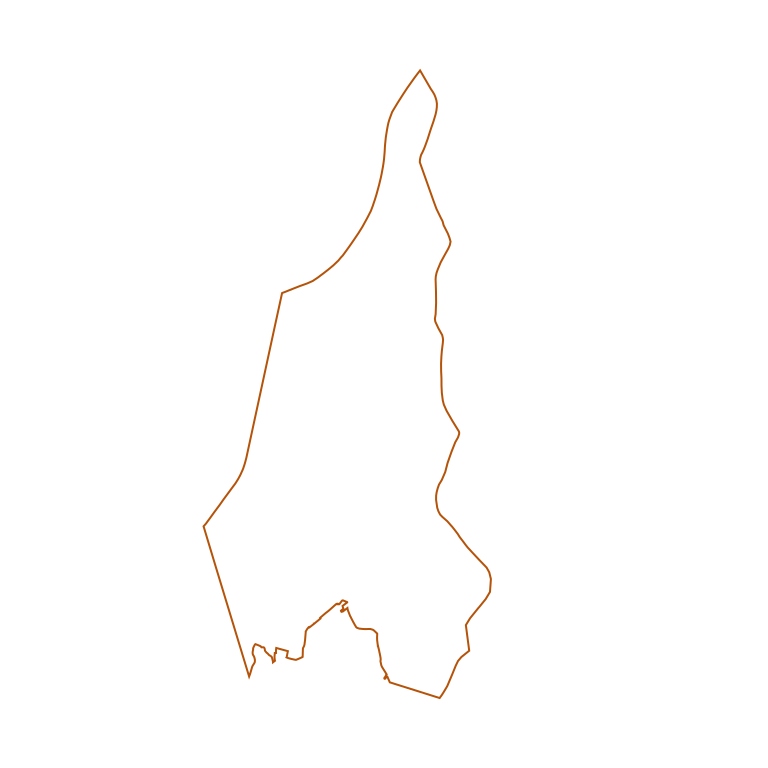 Nissewaard, Zuid-Holland, Netherlands (Natural Earth projection), rotated 282°
{"feature_id": "6326949B99166140133178", "entity_name": "Nissewaard", "entity_type": "district", "adm_level": 2, "iso_a3": "NLD", "parent_name": "Netherlands", "parent_adm1": "Zuid-Holland", "projection": "natural_earth1", "projection_center": [4.253, 51.828], "detail": "fine", "context": "isolated", "style": "outline", "palette": "amber", "viewbox_px": 768, "rotation_deg": 282, "n_neighbors": 0, "source": "geoboundaries", "source_scale": "gbopen_adm2", "svg_char_len": 5858}
<svg xmlns="http://www.w3.org/2000/svg" viewBox="0 0 768 768"><g transform="rotate(282 384 384)"><path d="M69.8,312.9L72.6,313.3L77.8,313.7L79.6,313.8L80.0,313.9L80.7,314.0L81.9,314.4L84.0,315.2L84.6,315.3L84.8,315.4L85.4,315.4L86.1,315.3L86.7,315.2L87.2,315.1L88.0,314.8L89.3,314.2L90.4,313.5L90.8,313.2L91.7,312.3L92.0,312.1L92.4,311.8L92.7,311.7L93.4,311.5L93.8,311.4L94.1,311.3L94.4,311.3L94.9,311.2L95.7,311.2L96.8,311.2L98.0,311.0L98.4,311.0L98.7,311.0L99.4,311.1L100.1,311.3L101.3,311.6L101.7,311.7L102.4,312.0L102.8,312.3L102.5,314.4L102.0,317.1L101.8,317.9L101.6,318.2L101.5,318.3L101.1,318.7L101.0,318.9L101.0,319.3L101.2,319.9L101.4,320.7L101.4,321.1L101.2,321.5L101.0,321.8L100.7,322.0L100.1,322.4L99.5,322.6L98.7,322.9L98.5,323.0L98.0,323.4L97.6,324.0L96.9,324.8L96.6,325.4L96.4,325.9L96.1,326.4L95.2,327.6L94.8,328.3L94.7,328.8L94.3,329.9L93.9,330.5L93.8,330.8L92.9,331.4L92.3,331.7L91.5,332.1L90.7,332.5L89.1,333.2L88.7,333.3L90.6,334.9L91.5,334.5L92.4,334.2L93.7,333.8L94.0,333.7L94.5,333.6L98.2,333.1L98.3,333.6L98.5,333.8L98.4,333.9L98.3,334.1L98.4,334.3L99.1,334.1L101.9,333.6L103.4,333.5L102.7,345.5L96.6,345.6L96.3,345.5L96.0,347.2L95.9,348.3L95.9,349.1L95.8,350.5L95.8,354.7L95.9,355.2L95.9,355.3L96.9,356.8L98.6,359.2L99.9,361.0L100.2,360.9L100.5,361.1L108.3,359.7L108.8,359.7L111.1,360.3L111.5,360.3L112.4,360.4L116.2,360.1L116.6,360.1L125.2,359.0L125.4,358.9L125.7,358.9L128.1,359.7L129.6,360.4L130.7,361.1L130.8,361.3L130.5,361.5L130.8,361.8L130.7,361.9L135.2,365.7L135.3,365.6L135.4,365.8L136.1,366.4L140.0,369.5L140.9,370.2L141.4,370.6L141.9,370.1L142.4,370.4L143.8,371.5L145.8,373.0L148.0,374.7L149.6,376.1L150.7,377.0L151.5,377.6L152.7,378.5L157.2,381.8L158.4,382.7L158.7,382.9L159.0,383.3L159.2,383.6L159.4,383.9L159.4,384.1L159.3,384.3L159.0,384.4L159.1,384.6L159.4,385.2L159.2,385.3L159.1,385.5L159.2,385.8L159.3,386.0L159.6,386.2L159.7,386.3L163.2,387.9L163.4,388.1L163.6,388.2L163.7,388.4L163.7,388.6L163.8,389.0L163.7,389.5L163.1,392.8L163.0,393.3L162.7,393.4L158.3,389.6L156.9,390.3L155.8,391.0L153.3,389.0L153.1,389.1L152.8,389.3L152.4,389.7L152.6,389.9L153.2,390.2L153.8,390.7L153.1,391.2L157.3,394.8L156.5,395.1L155.2,395.7L154.7,396.0L153.7,396.7L150.0,399.1L149.5,399.6L148.2,400.6L144.3,403.8L143.8,404.3L143.4,404.7L142.9,405.0L141.1,406.7L140.5,407.2L140.2,407.7L140.1,407.9L139.9,408.4L139.8,408.6L139.8,408.8L139.8,409.1L139.7,410.0L139.6,410.4L139.6,410.8L139.7,411.6L139.8,412.6L140.0,414.4L140.2,415.6L140.8,418.4L141.1,419.7L141.4,421.0L141.5,421.3L141.5,421.6L141.5,421.8L141.4,423.2L141.4,423.5L141.3,423.8L141.3,424.2L141.2,424.5L141.1,424.8L141.0,425.1L140.8,425.4L139.7,427.3L139.2,428.0L138.8,428.7L138.6,429.1L138.3,429.3L134.7,429.9L133.4,430.2L132.7,430.4L132.1,430.5L131.6,430.7L128.1,431.9L126.9,432.3L127.0,432.4L124.8,433.4L124.5,433.6L124.0,433.8L123.4,434.1L121.9,434.8L121.1,435.1L119.8,435.7L119.0,436.1L118.1,436.4L117.6,436.7L116.3,437.2L115.6,437.5L114.4,437.9L113.3,438.1L112.6,438.1L112.1,438.2L111.8,438.3L111.3,438.5L110.3,439.0L110.0,439.1L108.2,439.9L107.9,440.1L107.4,440.5L106.7,441.0L100.7,446.8L100.5,446.7L100.4,446.9L98.0,446.1L97.4,445.9L97.2,445.8L97.0,446.2L96.9,446.0L96.8,445.9L96.6,445.6L96.4,445.5L96.2,445.5L95.9,445.7L95.8,445.8L95.9,446.3L96.1,446.5L96.5,446.6L96.9,446.7L97.6,446.8L98.3,447.1L98.7,447.3L98.5,448.1L93.4,451.7L93.0,455.7L88.4,503.7L92.0,505.3L95.5,506.6L101.7,508.7L114.7,511.2L123.2,512.7L128.5,514.0L133.1,516.5L140.8,522.8L165.2,514.2L172.8,516.9L184.6,522.9L185.6,523.5L194.8,528.2L202.7,530.9L212.8,529.5L215.5,529.1L221.7,526.1L225.8,522.5L231.4,514.2L237.9,504.9L239.2,503.1L241.6,499.7L244.1,496.7L245.3,495.4L248.2,492.0L250.1,489.8L252.5,487.5L255.1,484.5L258.6,480.3L259.3,479.3L262.9,474.5L266.1,468.8L267.9,466.1L270.8,463.7L274.0,461.8L281.6,459.0L285.7,458.2L289.2,458.0L293.1,458.2L297.0,458.7L302.2,460.5L310.7,462.2L320.0,462.6L331.6,464.1L341.8,465.8L347.2,467.5L349.0,467.7L350.7,467.9L352.3,467.6L353.3,467.0L362.2,458.5L370.8,450.8L376.3,446.8L380.2,444.9L387.4,442.4L394.3,440.6L401.6,439.0L408.5,437.2L415.7,435.6L423.0,434.4L428.4,433.7L436.3,433.0L439.5,432.6L441.7,431.8L444.0,430.7L449.7,425.7L453.3,423.0L455.7,421.2L458.4,420.2L463.0,420.0L474.2,418.1L484.5,415.8L492.7,413.8L497.1,412.7L500.1,412.3L503.8,412.3L507.5,412.8L514.9,414.2L522.3,416.4L529.7,418.7L533.4,419.5L537.1,419.5L540.7,417.6L544.4,415.2L551.7,409.3L555.3,407.5L559.0,404.5L566.2,398.9L573.5,394.3L608.4,372.9L609.9,372.7L611.2,372.5L613.5,372.5L614.0,372.5L616.0,372.7L618.5,373.4L622.1,374.2L625.7,374.8L629.3,375.3L632.9,375.8L640.3,376.5L643.9,376.9L651.2,377.8L654.9,378.1L658.5,378.4L662.3,378.4L665.8,378.1L669.1,377.5L672.3,376.3L675.2,374.7L677.7,373.0L680.2,370.7L682.4,368.4L698.2,354.1L694.9,352.5L691.7,351.0L688.6,349.6L678.9,345.4L675.6,344.1L672.3,342.8L662.2,339.0L654.4,336.3L651.7,335.4L648.2,334.9L644.1,334.3L640.4,334.0L636.7,334.0L633.1,334.1L629.1,334.3L625.6,334.5L621.9,334.9L618.3,335.3L615.4,335.7L611.0,336.4L603.7,337.3L599.9,337.6L596.3,337.8L592.6,337.9L588.9,338.0L585.3,338.0L581.6,337.9L577.9,337.8L574.1,337.6L567.4,337.2L563.1,336.8L561.9,336.7L560.4,336.5L555.9,336.0L550.7,335.2L546.9,334.2L542.9,333.1L533.3,330.2L526.4,327.7L521.2,325.6L513.9,322.6L507.7,319.9L501.0,316.9L499.1,315.7L495.1,313.6L489.7,309.9L484.2,305.6L479.0,301.2L477.1,299.5L474.4,297.2L469.9,292.8L466.3,287.8L465.2,286.0L462.9,282.3L462.5,281.6L461.7,280.4L458.8,276.0L453.0,267.3L451.8,265.4L416.6,265.2L283.0,264.7L281.1,264.6L279.0,264.5L277.5,264.4L275.2,264.2L273.6,264.0L272.5,263.9L270.2,263.5L268.0,263.0L266.0,262.6L264.9,262.3L263.7,262.0L262.5,261.6L261.4,261.3L260.2,260.9L259.1,260.5L258.0,260.1L256.9,259.7L255.4,259.1L254.3,258.6L252.6,257.8L238.1,251.2L232.0,248.6L223.7,244.8L216.0,241.4L213.4,240.2L211.1,239.2L209.9,238.6L207.3,237.1L170.3,257.4L69.8,312.9Z" fill="none" stroke="#b45309" stroke-width="2"/></g></svg>